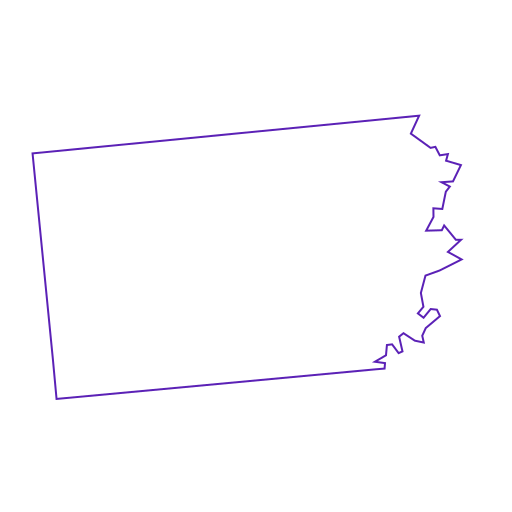 Coleman, Texas, United States of America (Equal Earth projection), rotated 264°
{"feature_id": "52423323B20578192164801", "entity_name": "Coleman", "entity_type": "district", "adm_level": 2, "iso_a3": "USA", "parent_name": "United States of America", "parent_adm1": "Texas", "projection": "equal_earth", "projection_center": [-99.516, 31.746], "detail": "fine", "context": "isolated", "style": "outline", "palette": "violet", "viewbox_px": 512, "rotation_deg": 264, "n_neighbors": 0, "source": "geoboundaries", "source_scale": "gbopen_adm2", "svg_char_len": 763}
<svg xmlns="http://www.w3.org/2000/svg" viewBox="0 0 512 512"><g transform="rotate(264 256 256)"><path d="M188.0,417.2L202.0,416.1L218.8,422.5L222.4,437.1L231.1,460.1L240.0,447.3L250.7,461.6L251.2,456.5L266.7,446.3L262.2,443.5L263.4,427.9L276.3,436.6L284.9,437.4L283.3,446.2L300.1,451.5L304.8,456.0L310.0,448.2L309.6,459.7L325.0,469.3L330.9,455.0L337.3,457.5L336.9,449.3L345.8,445.8L345.3,440.9L361.5,422.8L378.5,432.9L381.4,44.5L174.0,43.2L134.7,42.7L130.8,363.3L130.6,372.1L136.0,373.1L138.4,363.2L143.7,374.9L153.8,376.9L153.9,382.1L144.5,387.7L145.8,391.7L160.8,389.9L163.8,394.6L155.2,405.1L152.4,413.8L159.3,413.0L166.6,417.3L177.0,432.7L183.7,430.3L185.0,424.2L177.1,416.2L182.0,411.0L188.0,417.2Z" fill="none" stroke="#5b21b6" stroke-width="2"/></g></svg>